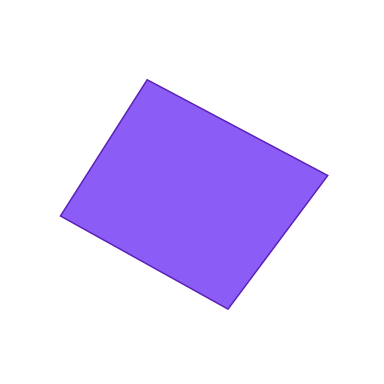 map outline of City of Saint George (orthographic projection), rotated 61°
{"feature_id": "BMU-5135", "entity_name": "City of Saint George", "entity_type": "state/province", "adm_level": 1, "iso_a3": "BMU", "parent_name": "Bermuda", "parent_adm1": "", "projection": "orthographic", "projection_center": [-64.674, 32.375], "detail": "fine", "context": "isolated", "style": "filled", "palette": "violet", "viewbox_px": 384, "rotation_deg": 61, "n_neighbors": 0, "source": "natural_earth", "source_scale": "10m", "svg_char_len": 227}
<svg xmlns="http://www.w3.org/2000/svg" viewBox="0 0 384 384"><g transform="rotate(61 192 192)"><path d="M243.4,65.3L311.9,217.3L149.2,318.7L72.1,176.8L243.4,65.3Z" fill="#8b5cf6" stroke="#5b21b6" stroke-width="1.5"/></g></svg>